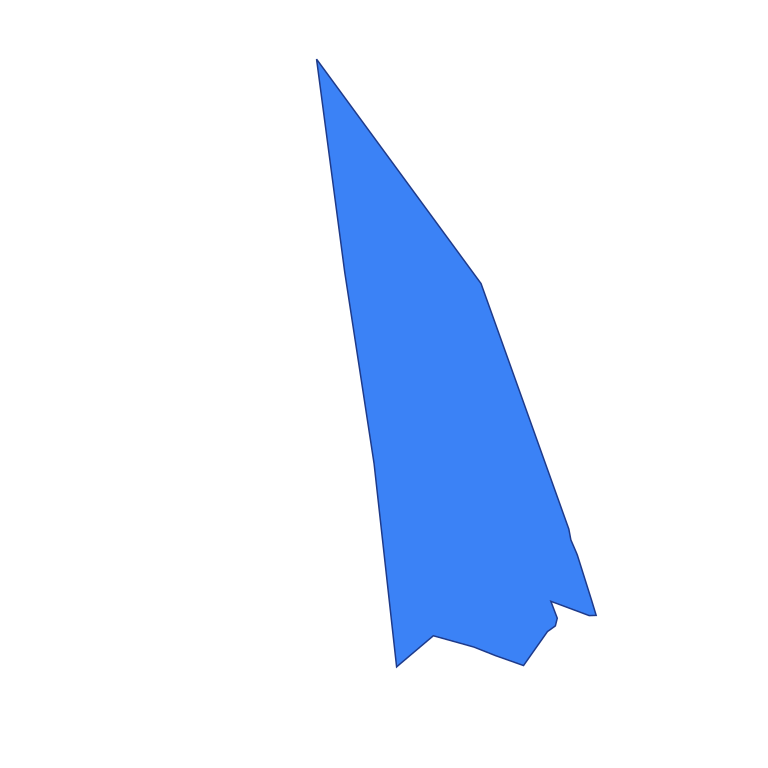 the district of Oualata, Hodh ech Chargui, Mauritania, rotated 329°
{"feature_id": "47542326B56395627841614", "entity_name": "Oualata", "entity_type": "district", "adm_level": 2, "iso_a3": "MRT", "parent_name": "Mauritania", "parent_adm1": "Hodh ech Chargui", "projection": "robinson", "projection_center": [-7.469, 19.742], "detail": "fine", "context": "isolated", "style": "filled", "palette": "blue", "viewbox_px": 768, "rotation_deg": 329, "n_neighbors": 0, "source": "geoboundaries", "source_scale": "gbopen_adm2", "svg_char_len": 470}
<svg xmlns="http://www.w3.org/2000/svg" viewBox="0 0 768 768"><g transform="rotate(329 384 384)"><path d="M360.5,383.7L334.5,447.1L249.1,633.0L253.7,632.2L296.6,625.2L325.5,655.7L339.7,674.3L358.6,697.2L378.7,688.3L396.6,680.4L406.3,679.6L411.9,674.0L415.1,656.2L440.6,688.2L446.7,691.6L450.5,676.5L461.6,630.3L462.0,627.8L463.9,613.8L467.7,603.6L518.9,347.9L493.5,70.8L408.1,267.5L400.5,286.1L360.5,383.7Z" fill="#3b82f6" stroke="#1e3a8a" stroke-width="1.5"/></g></svg>